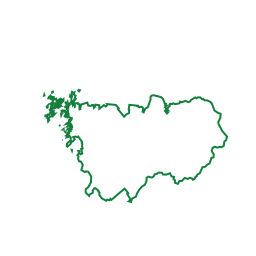 Whitsunday, Queensland, Australia (Albers equal-area conic projection), rotated 224°
{"feature_id": "25037944B87142005071762", "entity_name": "Whitsunday", "entity_type": "district", "adm_level": 2, "iso_a3": "AUS", "parent_name": "Australia", "parent_adm1": "Queensland", "projection": "albers", "projection_center": [148.444, -20.698], "detail": "fine", "context": "isolated", "style": "outline", "palette": "green", "viewbox_px": 256, "rotation_deg": 224, "n_neighbors": 0, "source": "geoboundaries", "source_scale": "gbopen_adm2", "svg_char_len": 5798}
<svg xmlns="http://www.w3.org/2000/svg" viewBox="0 0 256 256"><g transform="rotate(224 128 128)"><path d="M80.0,105.0L79.5,107.2L76.4,108.9L75.9,111.1L76.7,113.2L75.5,114.8L75.1,117.1L72.5,119.4L70.5,118.9L68.1,121.0L66.4,124.6L63.2,123.4L60.9,124.8L59.7,122.8L57.8,123.0L56.3,121.2L53.3,122.5L54.2,125.6L52.5,127.3L52.5,131.5L49.6,132.9L48.9,135.1L46.4,136.3L45.4,135.9L44.7,137.2L45.5,139.8L45.1,141.5L45.8,142.7L44.9,145.3L47.2,151.4L45.5,153.9L45.6,156.2L44.7,159.3L47.2,164.5L46.1,166.3L47.8,168.4L52.0,169.7L53.2,172.4L52.8,174.4L49.8,176.3L48.9,178.2L47.3,179.2L46.7,181.6L49.3,185.2L49.0,187.4L50.8,190.6L58.1,191.3L65.7,193.8L67.2,195.0L68.7,199.6L71.3,202.6L73.5,201.4L78.0,200.7L84.8,203.9L87.2,203.9L90.4,202.8L92.1,201.1L94.1,201.2L94.6,200.2L97.3,200.2L99.0,198.6L99.4,196.9L100.9,196.7L102.1,192.2L101.8,190.1L102.6,188.5L105.6,187.3L107.2,183.8L108.9,183.2L108.1,181.6L109.0,180.1L111.1,177.6L112.5,177.4L113.0,175.7L114.5,174.9L114.4,173.5L113.2,172.8L113.4,170.5L112.7,168.7L111.1,168.5L111.7,167.7L111.3,166.4L110.1,166.8L110.1,165.5L113.3,165.9L113.7,168.5L115.8,168.7L115.7,171.1L117.2,170.5L117.7,171.7L118.4,171.1L123.0,173.2L125.9,173.1L132.1,169.5L133.3,168.1L133.6,166.4L131.5,164.0L128.2,156.9L129.0,153.8L127.6,150.1L128.9,149.8L130.3,152.1L131.7,153.0L133.4,152.4L134.2,150.9L136.4,150.2L136.5,150.8L143.1,145.6L140.5,141.9L139.7,141.9L137.7,139.4L138.7,136.3L138.7,133.4L148.5,134.6L148.4,135.7L152.7,136.2L159.5,130.8L158.9,130.7L158.9,128.0L161.2,127.8L162.0,122.0L164.5,124.4L167.6,122.2L166.6,120.4L166.6,118.8L168.9,120.4L169.8,119.8L170.2,117.8L172.3,116.5L174.9,118.0L178.0,112.3L176.2,109.4L176.4,108.5L175.5,108.3L175.8,107.8L179.5,111.3L180.7,110.6L181.5,111.1L183.0,109.0L182.4,107.5L181.1,107.0L181.0,106.5L183.1,107.4L183.7,109.1L183.5,106.2L184.2,106.8L184.8,106.5L185.1,108.1L185.7,108.3L185.7,106.9L186.4,108.9L185.3,109.5L186.3,110.8L185.8,111.0L185.8,112.8L187.3,112.9L188.2,114.9L190.2,114.5L191.2,116.2L191.4,115.5L193.4,115.2L192.7,113.8L190.1,111.8L190.6,110.9L192.1,111.1L191.5,110.2L189.8,110.6L186.9,107.4L186.9,104.4L185.3,103.9L186.3,103.8L186.1,102.4L186.8,102.5L187.0,101.4L186.0,100.3L185.4,101.6L184.6,100.6L185.7,99.8L185.3,99.0L183.5,99.0L181.9,97.4L181.7,96.4L183.1,96.9L183.7,96.7L183.5,95.8L183.8,96.1L184.3,95.7L182.5,95.4L181.9,92.5L180.7,92.5L180.7,94.5L179.4,93.8L179.7,96.0L178.1,94.5L175.3,96.1L175.0,95.5L175.9,92.9L175.4,92.1L174.3,93.4L174.1,91.0L175.3,89.1L175.3,88.0L173.6,91.0L172.9,90.8L172.6,87.5L171.8,89.0L171.9,91.2L169.9,90.6L171.2,87.9L169.7,89.8L168.5,89.5L168.5,88.3L169.3,87.9L169.6,87.1L167.7,87.4L168.1,86.2L167.3,85.9L168.3,84.7L168.2,84.2L167.4,84.6L167.5,83.5L166.5,83.1L167.1,79.5L165.5,80.2L164.8,81.6L163.6,81.5L162.3,81.2L160.8,79.3L159.2,78.9L158.3,80.0L158.6,82.9L161.1,83.4L159.8,85.4L158.1,86.2L157.9,87.3L151.3,86.1L151.0,85.1L149.7,84.8L148.5,82.9L146.6,82.0L146.4,81.0L147.1,80.3L143.2,77.9L143.9,76.1L145.9,76.2L145.3,72.5L145.1,73.3L143.9,73.2L142.5,71.1L140.0,70.1L138.5,71.2L134.8,69.9L132.4,65.4L128.5,66.3L127.9,67.8L126.1,68.9L120.7,67.5L116.9,63.1L115.5,57.8L115.9,54.5L113.6,52.2L108.8,52.1L109.4,53.6L108.3,56.8L110.0,58.6L110.3,61.3L109.7,62.0L105.7,62.4L105.0,62.0L105.5,61.7L105.8,61.0L105.3,61.7L103.6,61.7L102.4,60.1L98.0,59.2L93.2,60.5L93.3,61.9L91.2,63.2L91.4,64.9L90.0,64.8L88.4,82.0L82.6,81.3L82.8,80.0L77.8,78.7L76.3,76.9L76.5,75.8L74.4,76.9L76.0,80.0L74.6,84.2L76.0,87.0L77.1,91.7L77.3,95.4L76.5,99.0L77.8,102.7L80.0,105.0ZM195.8,93.2L192.2,96.7L193.4,96.4L193.0,97.1L193.6,97.0L194.0,98.0L196.1,95.9L196.2,94.8L196.7,95.0L194.9,97.6L195.8,97.7L195.8,99.6L197.5,99.1L196.9,98.5L197.8,97.5L200.1,99.1L200.8,97.5L201.8,98.2L203.0,97.0L201.6,96.5L200.3,94.0L199.6,95.1L200.4,92.5L198.8,94.0L199.3,92.3L197.9,93.6L197.7,91.6L198.4,90.5L198.1,89.9L196.8,90.2L197.3,88.6L196.6,87.8L197.0,86.9L196.1,86.4L195.3,86.6L195.7,88.8L194.0,92.6L194.3,93.1L195.5,91.9L195.8,93.2ZM194.8,80.9L196.2,79.8L195.6,79.0L193.3,80.0L193.2,80.7L193.0,79.2L191.8,79.9L192.2,82.1L190.2,83.8L190.4,87.4L192.5,83.9L191.5,87.2L192.4,87.8L193.5,84.6L193.6,88.1L195.0,86.4L194.0,82.7L194.6,81.6L195.5,82.6L194.8,80.9ZM161.1,74.5L159.6,72.5L158.7,72.4L158.2,76.0L158.6,77.8L160.8,78.2L161.1,74.5ZM187.8,100.8L188.0,98.6L187.3,100.1L187.8,103.6L189.4,104.6L187.8,100.8ZM205.2,95.2L203.9,95.2L203.9,97.5L205.2,97.4L204.8,96.0L205.8,94.9L205.9,93.7L205.2,95.2ZM195.7,101.1L195.3,100.3L194.7,99.9L194.5,102.3L195.1,102.1L195.1,103.3L195.7,101.8L196.1,101.4L196.1,102.4L196.8,102.4L197.2,101.1L195.7,101.1ZM187.5,95.1L187.7,94.1L186.3,94.0L186.0,96.2L187.5,95.1ZM194.2,103.6L193.8,100.5L193.3,100.3L193.3,102.7L194.2,103.6ZM190.2,79.1L191.0,79.2L191.2,78.3L190.0,77.3L190.2,79.1ZM201.1,86.7L200.2,86.4L200.0,86.9L201.3,88.5L201.3,86.0L201.1,86.7ZM191.9,95.3L192.8,95.2L192.9,93.8L192.0,94.2L191.9,95.3ZM186.3,92.9L186.0,91.6L184.9,90.8L185.5,92.3L186.3,92.9ZM146.6,77.3L147.2,77.5L147.8,76.9L147.0,76.5L146.6,77.3ZM207.3,101.9L207.6,101.1L207.1,100.7L206.8,101.5L207.3,101.9ZM169.8,85.7L170.8,86.0L170.7,85.0L170.3,85.0L169.8,85.7ZM206.4,96.4L206.5,95.5L206.2,94.8L205.9,95.6L206.4,96.4ZM173.6,82.6L173.7,81.6L173.1,82.1L173.6,82.6ZM191.0,103.9L190.5,102.7L190.1,102.7L191.0,103.9ZM188.8,121.8L189.5,121.4L188.7,120.9L188.8,121.8ZM189.5,120.3L189.9,120.8L189.7,119.6L189.5,120.3ZM165.8,79.3L165.6,78.7L165.2,79.4L165.8,79.3ZM203.4,97.4L203.5,98.2L203.8,97.9L203.4,97.4ZM210.7,93.4L211.3,93.7L210.9,93.0L210.7,93.4ZM193.0,98.3L193.3,99.4L193.4,98.5L193.0,98.3ZM167.6,82.3L168.1,82.2L167.8,81.7L167.6,82.3ZM170.3,81.6L170.5,82.0L170.7,81.6L170.3,81.6ZM152.8,73.0L153.0,73.3L153.2,73.2L152.8,73.0ZM184.3,97.4L184.3,97.0L184.1,96.7L184.3,97.4ZM178.1,82.1L178.7,82.3L178.7,82.2L178.1,82.1ZM166.5,74.0L166.9,73.6L166.5,74.0ZM185.3,93.7L185.1,94.3L185.3,93.7Z" fill="none" stroke="#15803d" stroke-width="2"/></g></svg>